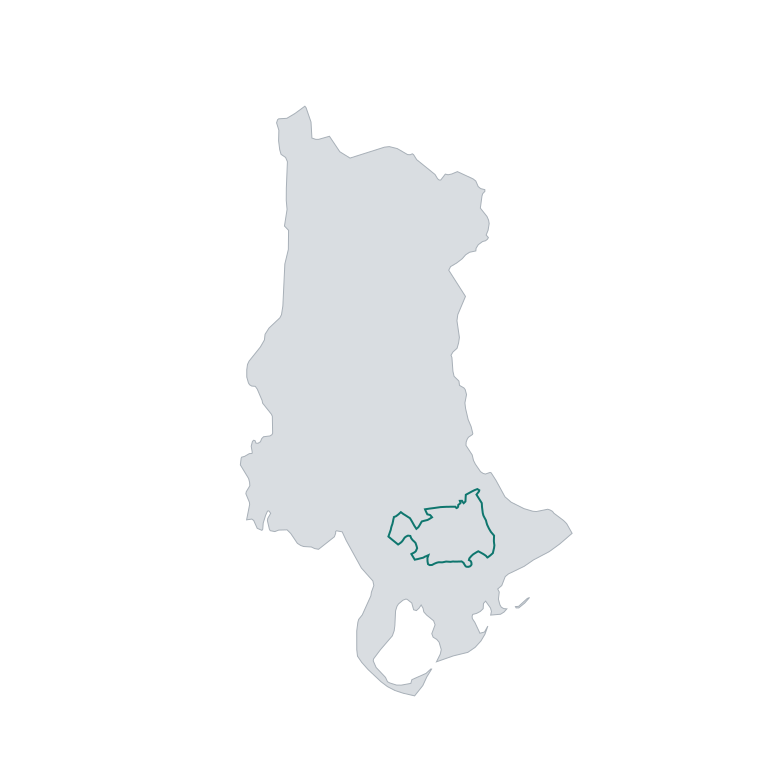 location of Bereket, Balkan, Turkmenistan, rotated 238°
{"feature_id": "10190150B43473123823457", "entity_name": "Bereket", "entity_type": "district", "adm_level": 2, "iso_a3": "TKM", "parent_name": "Turkmenistan", "parent_adm1": "Balkan", "projection": "natural_earth1", "projection_center": [55.542, 39.495], "detail": "fine", "context": "in_parent", "style": "outline", "palette": "teal", "viewbox_px": 768, "rotation_deg": 238, "n_neighbors": 0, "source": "geoboundaries", "source_scale": "gbopen_adm2", "svg_char_len": 6229}
<svg xmlns="http://www.w3.org/2000/svg" viewBox="0 0 768 768"><g transform="rotate(238 384 384)"><path d="M239.9,267.3L271.2,269.0L280.8,270.2L284.7,265.9L284.5,264.8L283.0,263.9L280.7,260.9L278.5,240.9L281.2,238.0L284.3,236.0L288.8,229.7L291.2,227.8L294.8,226.1L306.7,225.7L311.7,224.5L315.9,217.3L316.7,213.2L319.9,209.8L321.7,209.9L329.9,212.7L331.6,214.2L334.4,219.4L337.4,219.1L337.9,218.2L337.5,217.1L335.2,213.8L330.1,207.9L325.1,204.2L324.6,202.9L328.8,200.0L337.3,201.2L339.5,200.3L341.6,195.5L353.0,206.2L355.1,207.2L364.1,208.7L365.6,210.1L368.8,216.3L371.8,217.9L375.6,219.1L391.5,219.3L396.6,223.4L397.4,224.4L396.5,227.4L396.3,232.9L395.1,235.2L395.9,236.1L401.6,238.4L405.0,242.0L405.4,243.6L404.4,244.6L401.7,244.1L400.5,245.7L400.5,248.6L402.5,251.4L403.1,253.9L400.4,259.7L400.4,262.1L401.3,263.5L415.8,272.2L418.1,272.5L432.0,270.9L434.6,271.9L446.8,273.8L450.2,273.6L452.4,270.7L454.6,269.6L456.7,269.6L462.6,271.3L468.7,275.1L472.9,278.6L474.9,281.7L480.9,298.8L484.7,305.9L489.2,309.5L492.4,316.2L495.3,330.8L497.1,333.8L503.8,339.6L538.3,363.5L548.8,374.2L564.9,384.5L570.7,383.3L583.4,394.3L591.5,398.4L601.9,405.0L623.7,419.9L628.3,420.6L633.3,418.4L637.9,419.7L646.1,423.5L654.9,429.3L662.4,431.3L664.5,433.8L664.7,435.2L660.8,442.4L660.6,451.7L661.5,464.1L659.5,464.3L644.8,460.9L630.8,453.2L627.7,455.7L626.1,458.2L623.0,469.0L604.4,469.6L593.6,474.9L584.6,509.9L582.5,514.3L576.6,520.0L566.0,525.6L564.5,527.8L564.2,530.0L562.9,530.6L556.9,530.6L534.6,538.3L529.7,538.2L527.7,538.9L526.9,540.2L529.5,547.2L527.5,549.2L526.2,552.7L525.2,558.8L510.6,568.3L507.5,569.4L501.5,568.5L498.5,569.5L495.4,572.5L493.9,571.6L493.1,568.5L491.4,566.6L482.1,558.9L471.4,560.1L467.5,559.5L464.3,558.2L459.3,553.8L456.2,549.6L452.8,550.1L451.9,548.2L451.7,545.9L452.6,543.1L452.2,537.8L450.3,534.0L448.2,532.4L450.4,526.3L450.3,521.7L448.8,516.8L448.1,509.7L448.3,502.7L446.2,499.2L415.1,499.5L403.7,483.3L399.0,479.4L383.5,472.6L379.2,468.9L375.6,464.9L374.6,459.4L372.9,456.1L370.4,455.6L358.3,449.2L353.4,447.5L346.8,449.1L342.8,447.3L338.3,449.7L336.3,449.9L331.3,448.4L325.1,442.6L320.0,440.2L309.2,436.5L301.7,435.3L295.0,433.1L294.3,432.3L294.1,427.4L293.1,425.3L291.2,422.9L288.5,421.0L277.1,421.2L271.8,419.4L267.7,419.0L258.5,419.4L255.6,420.7L253.9,422.3L252.8,427.1L251.9,427.8L243.0,427.9L224.2,426.8L216.4,429.2L204.2,436.6L197.2,442.8L195.1,445.6L191.0,456.5L189.1,458.1L186.7,459.4L184.3,459.6L173.2,463.9L168.8,464.9L157.7,464.4L155.2,448.2L154.3,435.4L155.6,417.6L155.1,406.2L157.0,388.9L156.4,384.7L150.7,377.1L149.9,371.8L146.5,371.5L140.9,367.0L135.4,365.3L132.6,365.2L130.1,366.5L128.2,369.0L127.0,365.0L127.0,360.8L131.5,352.0L134.2,354.6L137.6,355.6L146.0,355.1L145.2,352.1L140.9,349.0L140.1,345.1L140.4,341.0L141.6,337.1L140.3,335.6L138.3,334.6L133.7,334.7L121.8,333.3L120.4,337.8L123.7,343.8L118.3,337.0L114.7,330.0L112.4,321.8L112.0,312.9L116.7,298.7L120.6,281.3L125.1,288.6L128.4,291.8L135.8,293.9L139.4,293.4L143.2,291.5L146.9,292.2L152.7,299.7L156.9,300.6L165.5,297.7L169.6,297.0L173.2,298.3L176.9,298.4L175.3,294.8L174.7,291.4L176.8,289.5L183.6,291.5L189.1,289.5L190.0,288.6L190.6,285.6L189.8,279.7L188.6,277.2L185.5,273.6L173.4,265.2L169.4,261.9L166.0,257.6L160.6,240.3L156.4,229.4L154.8,228.1L147.8,227.1L134.4,229.8L129.7,229.2L127.5,230.4L122.1,235.0L119.5,239.0L115.9,248.1L118.5,251.0L116.3,266.3L117.5,272.8L117.0,273.3L113.0,265.2L107.7,257.1L103.3,244.7L111.4,236.6L118.2,230.9L125.5,226.6L133.1,223.7L150.2,219.2L159.6,217.6L167.2,217.3L173.1,220.1L189.0,230.0L195.8,235.6L197.8,237.8L199.7,243.2L211.3,260.6L214.1,263.0L218.5,268.6L222.9,270.2L239.9,267.3ZM126.2,391.9L125.8,394.3L123.7,387.3L122.7,379.6L124.1,377.4L125.6,377.5L124.1,380.3L126.2,391.9Z" fill="#d9dde1" stroke="#a8b0b8" stroke-width="1"/><path d="M182.1,379.7L182.0,379.8L182.1,381.2L182.3,383.3L182.9,386.7L184.7,388.5L186.7,390.5L188.8,392.2L190.0,392.7L192.5,393.9L194.6,395.3L197.1,397.0L199.2,396.7L201.8,396.3L205.8,396.4L210.0,396.9L212.2,397.5L214.3,398.2L217.5,398.4L219.8,398.6L222.3,399.4L228.3,402.2L228.4,402.3L231.2,403.8L231.5,403.8L237.5,403.8L241.2,403.8L241.8,405.5L242.6,407.7L243.4,408.5L245.5,407.4L246.0,404.5L246.3,401.4L246.5,397.7L246.7,394.7L244.5,393.1L242.6,391.8L241.2,390.8L240.7,388.4L242.1,388.2L243.6,388.3L243.9,387.8L244.7,386.4L242.6,385.9L242.3,384.8L242.1,382.9L240.6,381.8L240.2,380.7L240.4,379.7L242.1,379.5L244.5,375.6L246.7,372.0L249.6,366.8L252.4,360.5L254.2,356.6L256.0,352.4L253.6,352.0L250.5,351.7L249.4,352.8L248.4,353.7L247.3,353.9L245.5,354.1L245.5,351.1L245.6,348.9L246.8,345.3L247.4,343.2L246.8,342.0L245.5,339.6L244.5,337.6L244.2,336.4L244.0,334.7L247.7,334.6L251.4,334.8L254.2,334.9L256.5,334.9L258.3,334.0L261.5,332.5L263.5,331.5L266.4,330.4L265.8,327.2L265.5,324.2L265.9,321.9L265.7,321.8L264.8,320.8L263.5,319.5L263.1,319.2L261.8,317.9L260.8,316.9L259.4,315.1L258.3,313.9L256.8,312.5L252.3,306.9L248.6,308.1L240.4,310.9L240.4,311.9L240.5,312.9L240.5,313.5L240.6,314.3L240.7,314.8L240.8,315.2L240.8,315.4L240.9,315.8L241.1,316.2L241.2,316.7L241.6,317.6L242.0,318.4L242.3,319.1L242.8,320.2L242.8,320.4L242.9,321.7L242.9,322.5L242.7,324.0L241.2,325.8L238.6,325.3L238.2,325.4L237.1,325.5L236.2,325.6L234.2,326.2L232.4,326.5L229.5,325.8L227.2,325.1L226.3,323.7L226.2,323.7L225.3,322.3L225.1,320.9L225.1,320.0L225.2,318.7L225.3,317.9L225.3,317.1L218.7,317.0L218.1,318.7L217.8,319.4L217.0,322.0L216.2,324.4L215.9,325.3L215.9,326.1L215.9,327.2L215.6,328.8L215.3,331.0L214.4,329.9L213.8,329.1L213.1,328.4L211.8,327.7L210.9,327.1L209.5,326.5L207.9,325.9L206.7,326.5L206.2,326.8L205.5,328.1L205.1,328.8L204.9,331.6L204.5,334.0L203.9,335.8L203.0,337.2L201.9,338.9L201.6,339.6L200.5,342.6L198.2,345.8L197.9,346.2L196.9,348.5L196.7,348.7L195.3,350.8L194.0,353.0L193.3,354.1L193.0,354.7L192.5,355.7L192.0,356.0L190.9,356.4L190.2,356.7L189.7,356.6L189.0,356.6L187.6,356.6L186.6,356.6L185.6,356.9L185.1,357.4L184.7,358.0L184.2,358.7L184.2,359.0L183.9,359.7L183.9,359.9L183.8,360.4L183.9,360.9L184.0,361.3L184.2,362.0L184.6,362.6L185.5,363.1L186.1,363.4L186.9,363.6L187.6,363.7L188.6,363.4L189.7,362.7L190.9,364.0L191.8,366.8L192.3,369.4L192.3,373.4L192.2,375.3L189.6,376.8L187.0,378.2L184.3,379.4L182.1,379.7Z" fill="none" stroke="#0f766e" stroke-width="2"/></g></svg>